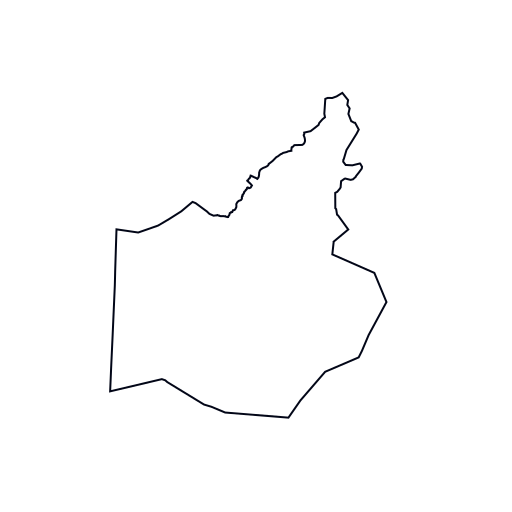 Ori Ire, Oyo, Nigeria (Natural Earth projection), rotated 205°
{"feature_id": "59680162B81796058650879", "entity_name": "Ori Ire", "entity_type": "district", "adm_level": 2, "iso_a3": "NGA", "parent_name": "Nigeria", "parent_adm1": "Oyo", "projection": "natural_earth1", "projection_center": [4.162, 8.245], "detail": "fine", "context": "isolated", "style": "outline", "palette": "ink", "viewbox_px": 512, "rotation_deg": 205, "n_neighbors": 0, "source": "geoboundaries", "source_scale": "gbopen_adm2", "svg_char_len": 4195}
<svg xmlns="http://www.w3.org/2000/svg" viewBox="0 0 512 512"><g transform="rotate(205 256 256)"><path d="M118.3,269.4L141.6,290.7L187.5,289.7L191.6,301.7L191.7,301.8L183.6,319.0L198.7,327.4L200.0,327.7L203.2,332.4L204.3,332.8L210.9,346.7L209.5,348.5L208.5,352.3L208.3,353.9L210.5,359.8L210.3,360.1L208.5,363.3L207.9,363.9L202.4,365.0L200.5,366.5L199.3,369.4L199.1,369.7L199.1,370.8L198.1,374.9L197.1,379.9L197.6,381.7L200.5,383.7L200.9,383.8L207.0,378.9L213.2,376.4L216.8,378.3L217.5,380.2L217.4,381.0L218.8,390.3L216.5,409.4L216.3,414.0L222.5,418.6L223.4,418.3L225.4,418.4L225.6,418.5L226.6,418.4L232.3,423.8L233.5,429.3L237.1,431.5L238.4,436.2L246.7,440.3L250.4,434.7L253.7,431.4L257.8,429.6L259.6,427.7L254.2,413.8L252.1,410.9L253.5,408.1L254.9,403.3L254.7,401.2L259.3,392.2L264.5,388.2L263.8,387.0L263.9,385.8L263.9,385.7L263.1,384.9L262.0,383.8L261.1,382.6L260.2,381.0L260.0,379.9L260.0,378.4L260.4,377.3L260.7,376.8L260.9,376.4L261.1,376.2L261.4,376.0L262.1,375.7L262.6,375.4L263.2,375.1L263.6,374.9L264.1,374.7L264.5,374.5L264.8,374.3L265.2,374.1L265.5,374.0L265.7,373.9L265.9,373.8L266.1,373.7L266.3,373.6L266.6,373.4L266.8,373.3L267.1,373.2L267.4,373.1L267.6,373.0L267.7,372.9L267.9,372.7L268.1,372.6L268.2,372.4L268.3,372.1L268.4,371.7L268.5,371.4L268.5,371.2L268.7,370.7L268.8,370.5L269.0,370.3L269.2,370.1L269.4,369.9L269.6,369.7L269.6,369.4L269.5,369.2L269.4,369.1L269.3,368.9L269.2,368.5L269.1,367.8L268.8,367.1L268.7,366.8L268.4,366.3L271.0,364.5L271.3,364.2L272.1,363.2L275.0,360.9L276.0,359.3L276.6,358.8L278.4,355.4L279.3,354.3L281.1,349.2L282.5,346.4L283.4,344.9L283.2,344.5L283.3,343.8L283.3,343.3L284.0,341.9L285.3,340.3L285.9,339.7L286.6,339.0L287.3,338.0L288.0,336.9L288.5,335.9L288.5,335.5L288.6,334.8L288.5,334.0L288.3,332.6L287.9,331.9L287.7,331.3L287.3,330.1L287.0,328.9L287.1,328.4L287.0,328.0L287.1,327.6L287.4,326.4L287.6,326.4L287.9,326.5L288.1,326.6L288.5,326.7L288.8,326.7L289.1,326.7L289.4,326.6L289.6,326.6L289.8,326.7L290.0,326.7L290.3,326.7L290.5,326.6L290.8,326.6L291.1,326.6L291.3,326.6L291.6,326.6L291.8,326.6L292.0,326.6L292.4,326.7L292.6,326.7L292.9,326.6L293.0,326.7L293.3,326.6L293.5,326.6L293.8,326.6L294.0,326.6L294.3,326.7L294.8,326.6L294.7,326.2L294.8,325.9L294.7,325.6L294.7,325.3L294.6,325.0L294.6,324.9L294.6,324.6L294.6,324.4L294.6,324.1L294.7,323.9L294.7,323.7L294.8,323.6L295.0,323.3L295.1,322.9L295.2,322.5L295.2,322.3L295.2,321.7L295.2,321.4L295.4,321.2L295.7,320.9L295.8,320.6L295.6,320.4L295.2,320.3L294.9,320.2L294.7,320.1L294.2,320.0L293.8,319.9L293.5,319.8L293.3,319.7L293.2,319.6L292.7,319.5L292.4,319.4L292.2,319.4L291.8,319.2L291.6,319.1L291.3,319.0L291.0,318.9L290.7,318.8L290.5,318.7L290.3,318.6L290.1,318.5L289.5,318.2L289.6,317.4L289.7,317.1L289.6,316.7L289.8,315.7L290.0,315.5L290.2,315.2L290.9,314.5L291.2,314.4L292.0,314.7L292.5,314.6L292.9,314.1L292.8,312.9L292.6,312.7L292.8,312.0L293.2,311.6L293.1,311.1L293.3,310.4L293.4,310.1L293.7,309.5L293.6,309.0L293.8,308.8L293.7,308.3L293.5,307.9L293.7,307.4L293.7,307.1L293.6,306.6L293.9,306.0L294.0,305.9L293.8,305.6L293.8,305.3L293.9,305.0L293.5,304.7L293.6,304.2L293.8,303.8L293.7,303.5L293.5,302.8L293.2,302.6L293.0,301.8L293.0,301.6L293.3,300.3L295.0,298.6L295.7,296.7L295.8,294.7L295.1,293.4L294.5,292.0L294.5,290.1L294.8,288.8L295.4,288.2L296.2,287.7L296.2,287.2L296.1,286.4L296.1,285.8L296.6,285.5L296.7,285.2L297.1,285.2L297.2,284.8L297.4,284.4L297.7,284.1L297.9,283.8L297.8,283.3L297.7,283.0L297.6,282.6L297.5,281.7L297.7,281.2L297.8,280.7L297.7,280.1L297.9,279.8L297.8,279.5L298.3,279.2L299.2,279.1L299.9,278.9L300.7,279.1L301.2,278.7L301.9,278.5L302.6,278.3L303.4,277.9L304.0,277.6L304.7,277.2L305.4,277.1L306.0,276.9L306.4,277.1L306.7,276.9L307.1,276.8L307.3,276.8L308.0,276.9L308.4,276.8L308.7,276.2L309.1,276.1L311.5,274.6L316.0,274.5L319.6,275.7L321.3,276.0L333.1,278.4L336.4,278.2L342.6,264.9L350.4,252.7L357.6,242.2L366.3,233.7L372.7,227.5L377.0,226.2L393.7,221.2L391.4,215.8L377.3,182.9L374.4,176.3L371.4,169.4L352.2,123.0L340.6,94.8L331.0,71.7L289.3,104.6L285.7,105.0L283.0,104.2L240.3,99.4L232.8,100.5L217.8,101.1L158.3,123.2L154.7,143.9L144.4,180.3L120.1,207.5L119.9,214.8L120.5,232.0L118.3,269.4Z" fill="none" stroke="#020617" stroke-width="2"/></g></svg>